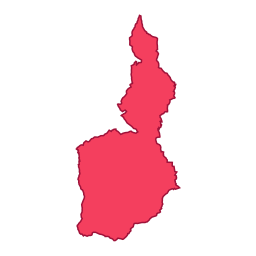 outline of Baia De Cris, Hunedoara, Romania
{"feature_id": "2599482B28262501709263", "entity_name": "Baia De Cris", "entity_type": "district", "adm_level": 2, "iso_a3": "ROU", "parent_name": "Romania", "parent_adm1": "Hunedoara", "projection": "equal_earth", "projection_center": [22.712, 46.205], "detail": "fine", "context": "isolated", "style": "filled", "palette": "rose", "viewbox_px": 256, "rotation_deg": 0, "n_neighbors": 0, "source": "geoboundaries", "source_scale": "gbopen_adm2", "svg_char_len": 5859}
<svg xmlns="http://www.w3.org/2000/svg" viewBox="0 0 256 256"><path d="M117.9,238.2L121.2,238.8L122.5,239.3L123.4,239.1L126.2,236.6L127.0,235.6L127.7,234.5L127.7,233.6L128.6,233.6L128.9,233.5L129.8,231.8L130.8,231.0L130.9,229.9L130.5,229.6L130.6,228.7L133.2,226.8L133.9,224.1L134.3,223.5L136.1,223.3L137.3,223.5L141.9,222.5L145.1,222.5L146.3,222.0L147.2,221.9L149.4,219.8L149.8,218.9L152.0,217.1L156.1,215.8L156.6,215.3L156.7,214.0L156.9,213.7L157.3,213.6L157.4,213.2L159.6,212.6L160.4,211.9L159.8,210.1L161.3,208.9L161.5,208.6L161.2,208.5L161.3,207.4L161.8,206.6L162.3,204.6L162.8,204.1L162.1,202.3L162.4,200.2L162.3,198.6L162.5,198.4L162.6,197.5L163.5,196.1L165.5,194.2L167.3,193.1L167.9,191.9L168.3,191.5L168.6,190.6L169.2,190.1L172.1,188.8L172.8,188.8L173.3,189.4L173.5,189.5L174.3,188.8L174.4,188.5L175.5,189.2L179.6,187.8L178.2,186.4L176.1,185.1L175.7,184.6L176.2,183.9L175.5,183.0L175.3,182.1L175.3,181.4L175.0,181.1L175.1,180.8L174.8,180.1L176.4,178.8L176.5,177.6L176.3,177.6L176.3,175.9L174.8,175.1L176.8,172.0L174.8,171.5L174.0,166.4L172.9,166.4L172.7,166.2L173.1,166.0L172.3,166.0L172.2,165.8L172.3,162.4L167.2,162.2L167.2,159.9L166.4,159.0L166.0,158.0L164.2,156.6L163.5,155.7L163.6,155.2L163.3,154.9L163.5,154.2L163.3,153.4L163.6,152.1L162.3,151.6L161.3,151.8L160.6,149.3L160.8,147.3L160.4,145.8L159.4,144.7L156.8,143.5L155.7,139.8L155.9,138.5L156.4,137.7L157.9,137.2L159.8,137.1L159.9,136.4L159.4,133.1L158.9,131.8L158.1,130.3L157.9,129.1L158.0,128.5L158.5,128.2L158.7,128.3L158.8,128.0L159.2,128.9L159.6,127.9L161.0,126.8L160.8,125.3L161.4,125.3L161.5,124.7L160.7,123.9L160.6,123.3L160.7,122.4L160.1,121.4L160.4,121.2L161.9,121.8L161.9,121.1L161.4,120.2L161.3,119.3L160.7,118.0L160.1,117.4L160.1,116.6L159.9,115.6L161.9,114.4L162.1,113.9L163.5,113.6L165.0,111.8L166.1,111.6L166.8,111.9L167.5,111.7L167.6,110.6L167.4,110.1L167.5,109.3L167.3,108.5L167.6,105.8L167.4,105.1L168.6,104.5L169.6,102.8L169.9,102.0L170.0,100.3L169.8,99.9L171.7,99.2L172.8,98.4L174.1,98.3L175.0,97.8L175.0,97.6L173.8,96.0L174.0,95.1L174.5,94.0L174.6,93.4L174.6,92.7L174.2,91.7L173.6,91.5L173.9,91.1L174.1,90.1L174.7,89.1L175.3,87.2L174.7,86.2L174.3,86.3L174.2,85.7L175.4,85.4L175.6,84.9L175.4,84.7L174.8,84.6L174.8,84.3L175.0,84.4L175.3,84.2L174.7,84.0L174.5,83.7L174.5,83.3L174.6,82.6L174.4,82.3L174.0,82.4L173.8,82.1L173.4,82.1L172.4,81.4L170.8,79.5L170.2,77.6L168.9,75.9L168.0,75.0L167.2,73.5L166.8,73.2L165.0,72.9L162.7,70.6L161.1,68.3L159.5,68.1L158.5,67.4L158.8,66.2L158.7,63.7L158.4,62.8L157.8,61.7L156.8,60.7L156.5,60.1L156.8,58.4L157.3,57.8L157.6,56.2L158.5,53.9L157.6,52.1L156.2,51.2L156.3,50.6L157.6,49.2L157.4,48.3L157.4,45.8L157.1,43.8L157.1,41.5L157.4,40.0L157.4,38.4L156.1,37.5L152.5,36.6L150.6,35.3L149.7,34.4L148.8,34.5L148.0,33.6L146.8,33.3L146.9,32.8L146.4,32.3L146.5,32.0L144.7,30.6L142.5,26.7L142.4,24.8L141.8,23.0L141.7,21.0L141.1,19.2L140.9,16.0L139.5,15.4L138.8,17.6L138.3,18.2L138.1,19.0L138.1,20.1L137.2,21.5L137.2,22.6L136.9,22.8L136.8,23.4L135.8,23.9L135.2,25.2L135.1,26.9L134.3,27.7L133.9,28.9L133.4,29.4L133.3,29.8L132.8,30.2L132.5,30.9L132.1,32.0L132.0,33.3L132.3,34.9L132.1,35.7L131.8,36.1L129.6,37.8L129.6,39.5L129.9,40.9L129.8,44.9L131.8,46.2L132.4,46.8L132.1,48.8L132.4,50.1L133.0,51.7L134.3,53.3L134.6,54.7L135.5,56.2L136.7,56.9L137.5,57.7L141.5,60.0L141.5,61.0L141.3,62.4L139.5,62.7L138.8,62.5L138.4,63.0L138.2,63.5L137.2,64.0L136.8,64.8L136.5,65.0L136.3,63.9L136.7,62.7L136.5,61.7L135.8,61.4L135.5,62.0L134.6,62.4L134.2,63.4L134.0,64.4L131.9,65.5L131.3,65.7L131.6,67.9L131.4,70.0L131.5,72.4L131.1,74.4L131.7,77.5L131.6,78.7L132.0,81.3L132.2,81.9L132.1,82.4L132.5,82.7L132.5,83.3L132.3,83.5L130.4,84.3L130.0,84.8L130.1,85.3L130.7,85.9L131.0,87.1L129.2,88.0L127.6,89.3L126.9,90.4L126.5,90.8L126.4,91.9L126.7,93.7L125.3,95.6L124.2,96.8L122.8,97.8L122.5,98.5L122.1,98.8L121.1,101.3L121.5,102.2L121.6,103.1L121.4,103.7L120.3,104.3L118.1,104.0L117.6,104.3L118.3,106.2L120.1,108.9L120.2,109.7L120.5,109.9L120.9,110.4L122.0,111.1L122.4,111.6L125.1,110.1L126.5,111.4L125.1,113.2L123.8,113.7L123.5,114.1L121.6,115.1L121.2,115.6L122.0,116.0L122.9,116.9L123.6,117.2L123.8,117.9L124.3,119.0L124.9,119.5L126.0,121.1L127.1,122.9L131.8,126.4L133.7,128.5L135.7,128.9L136.5,129.7L137.2,131.4L137.8,131.9L135.9,133.2L133.2,132.5L131.7,131.8L131.4,131.3L130.2,131.3L128.0,132.4L125.6,132.6L122.8,133.3L122.7,133.6L121.9,133.8L120.8,134.4L118.1,131.6L116.1,130.4L115.9,129.1L114.5,129.2L113.4,129.5L113.0,130.0L112.2,130.1L111.2,131.4L109.2,130.2L107.1,133.0L106.5,133.4L104.5,134.4L104.1,135.1L103.6,135.6L100.9,135.7L97.8,137.2L95.2,137.0L94.4,137.1L93.0,138.4L91.6,138.7L90.5,139.8L89.5,141.2L88.7,141.7L87.9,141.8L86.0,140.9L83.9,142.7L83.9,143.0L83.5,143.7L83.2,145.2L82.0,144.9L81.0,145.0L79.7,145.8L78.4,147.0L77.3,147.5L76.9,148.6L76.4,149.0L77.0,149.5L77.7,149.5L78.0,149.8L78.2,150.1L78.0,150.5L78.4,151.0L77.8,152.3L78.1,152.9L78.9,153.0L78.7,153.8L78.9,153.9L79.0,154.3L79.3,157.8L78.9,157.9L79.4,160.3L79.6,160.2L79.8,161.1L79.0,161.2L79.2,164.4L78.4,164.6L78.6,165.3L78.6,167.0L79.0,167.7L79.4,169.3L79.4,170.4L79.6,170.9L79.3,171.9L79.9,173.1L79.8,173.3L79.7,174.2L79.0,175.5L79.0,176.5L78.4,177.7L78.0,179.3L78.8,180.7L78.7,182.6L79.0,183.3L79.0,184.2L80.6,187.1L80.7,188.3L81.0,188.9L81.4,189.5L82.4,189.9L82.7,190.3L83.7,193.0L83.8,194.6L84.5,196.2L84.3,198.1L83.0,201.1L81.7,204.6L82.1,207.4L82.3,207.6L82.1,209.5L82.3,210.3L82.1,210.8L82.1,212.0L81.0,214.3L81.4,217.4L82.2,218.5L80.6,221.5L78.8,223.4L78.2,224.6L77.3,225.3L77.2,226.3L77.9,228.0L77.9,229.2L78.8,230.7L79.6,233.1L80.7,234.1L82.0,234.1L83.4,235.9L84.1,235.3L84.7,235.2L87.1,236.2L88.9,235.4L90.2,235.5L91.7,235.1L92.2,234.1L92.2,233.2L92.4,232.9L93.3,232.3L95.6,232.3L99.5,234.1L101.9,234.5L104.8,235.8L105.1,236.5L107.8,236.4L109.0,236.8L110.0,238.0L112.6,238.9L114.0,240.6L115.1,240.6L116.5,239.7L117.9,238.2Z" fill="#f43f5e" stroke="#9f1239" stroke-width="1.5"/></svg>